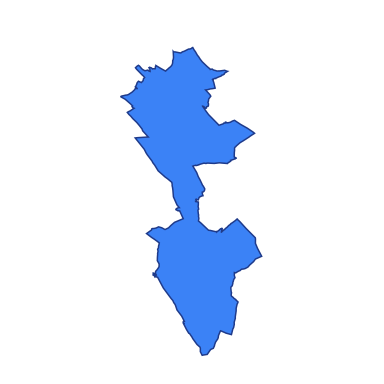 the district of Songdalen nor, Vest-Agder, Norway, rotated 43°
{"feature_id": "86288312B8031937761256", "entity_name": "Songdalen nor", "entity_type": "district", "adm_level": 2, "iso_a3": "NOR", "parent_name": "Norway", "parent_adm1": "Vest-Agder", "projection": "robinson", "projection_center": [7.708, 58.239], "detail": "fine", "context": "isolated", "style": "filled", "palette": "blue", "viewbox_px": 384, "rotation_deg": 43, "n_neighbors": 0, "source": "geoboundaries", "source_scale": "gbopen_adm2", "svg_char_len": 5995}
<svg xmlns="http://www.w3.org/2000/svg" viewBox="0 0 384 384"><g transform="rotate(43 192 192)"><path d="M286.8,191.5L278.5,188.6L273.4,186.3L270.5,183.1L269.5,182.3L256.5,181.8L248.1,181.1L245.8,181.0L244.0,181.1L243.9,180.9L243.4,180.9L243.3,181.7L243.2,183.2L242.6,186.3L242.3,187.6L242.0,188.4L242.0,189.2L242.2,189.4L241.7,191.4L241.7,194.0L241.5,194.8L241.3,196.5L241.5,197.1L241.2,198.0L241.0,198.3L241.1,198.7L240.9,200.7L241.1,201.8L239.7,199.6L239.2,198.1L239.3,197.6L238.8,198.4L238.9,198.6L238.6,198.6L238.7,198.9L238.3,198.9L238.0,199.4L238.0,200.2L237.8,200.6L237.8,200.9L237.9,201.8L237.3,203.8L237.4,204.4L236.8,204.2L236.3,204.9L231.5,207.7L230.2,208.7L219.6,208.6L216.5,208.8L215.0,206.6L213.1,205.2L212.8,204.6L212.3,204.1L211.8,203.9L208.9,201.4L208.7,201.2L208.6,200.0L206.2,198.3L205.6,197.3L203.5,195.0L201.2,196.5L201.0,196.4L201.6,195.6L199.8,194.8L200.0,194.3L200.9,194.1L201.4,193.7L201.9,193.6L201.8,193.0L201.4,192.3L201.0,191.2L201.0,190.5L202.0,187.9L202.3,187.7L202.6,187.2L200.9,186.3L200.2,185.8L199.6,185.1L200.0,184.7L200.3,183.3L200.0,182.2L199.2,181.0L196.2,180.0L195.2,179.9L190.0,177.8L186.1,176.5L182.2,174.6L175.0,172.5L175.3,172.1L175.4,171.4L176.4,170.3L176.4,170.0L177.2,169.6L178.1,168.1L178.3,167.7L178.2,167.6L178.8,166.8L178.9,166.3L181.1,162.7L182.8,161.6L182.8,161.3L183.8,160.1L188.7,156.0L192.1,152.0L198.5,147.0L198.5,145.7L198.7,145.3L199.2,143.3L199.0,142.9L199.1,142.7L198.7,142.5L199.3,141.5L200.8,138.5L200.7,138.4L200.9,138.3L200.8,138.1L200.9,137.9L200.8,137.6L201.2,137.3L201.5,136.5L201.1,137.1L198.9,137.5L195.9,134.1L194.9,132.7L193.5,131.2L193.0,130.6L192.9,129.9L193.1,129.1L193.0,128.1L193.5,123.3L195.4,116.3L195.6,115.3L196.2,113.1L196.4,111.7L197.7,106.4L195.9,106.5L188.9,107.6L181.5,109.4L174.2,110.6L173.3,112.3L172.7,113.9L172.6,114.6L171.5,116.3L170.3,117.7L170.0,117.6L169.1,117.8L169.1,118.1L168.8,118.3L168.9,118.6L169.1,118.7L169.2,119.2L168.3,119.8L168.3,120.9L166.2,124.8L165.1,124.7L151.3,124.1L147.0,123.3L141.2,122.0L141.3,121.8L142.1,121.7L142.5,121.4L143.9,121.8L145.1,121.3L145.2,121.0L145.2,120.7L144.8,120.2L144.6,120.1L144.6,119.7L144.8,119.3L144.9,118.9L145.2,118.6L145.3,118.3L144.8,117.2L143.7,116.1L142.4,115.5L142.2,114.6L140.8,112.6L140.4,109.1L138.7,108.6L132.3,108.1L133.7,106.4L135.1,104.1L136.4,102.6L137.2,101.5L137.5,101.2L137.6,100.9L137.9,100.6L137.9,100.3L138.0,100.2L133.1,97.0L131.0,95.9L130.2,95.7L130.3,95.2L130.9,95.0L130.7,94.5L131.3,93.1L131.9,92.9L131.8,92.7L133.0,89.7L134.1,87.6L134.3,86.7L134.1,86.4L134.8,85.2L135.2,83.9L134.8,83.1L134.8,82.8L135.7,79.5L135.2,79.8L132.9,80.7L129.6,84.7L127.6,86.6L126.8,86.9L124.4,88.2L123.0,88.3L122.9,88.6L122.5,88.8L121.8,89.9L121.5,89.7L117.6,89.9L110.7,89.8L107.5,89.3L104.4,88.5L102.7,88.3L98.9,87.1L96.4,86.6L94.0,85.8L93.8,86.1L93.5,87.9L92.5,89.4L92.0,89.8L90.2,94.7L89.7,95.4L89.3,96.3L89.0,97.9L88.4,98.4L83.9,101.2L83.1,102.1L82.4,102.0L86.7,106.2L87.9,107.9L88.2,109.0L89.3,110.2L89.9,111.0L90.4,111.9L90.8,113.2L90.9,115.0L90.6,116.8L90.4,119.5L90.2,120.3L90.3,121.0L90.2,121.6L85.0,122.9L79.4,124.1L79.7,124.4L79.8,124.7L79.6,124.9L80.0,125.7L80.7,126.3L81.0,127.0L79.0,128.8L79.0,129.0L77.8,128.9L77.0,129.2L75.9,129.8L76.0,130.1L75.8,130.4L77.5,131.0L79.1,132.4L78.1,132.9L76.6,132.9L75.0,135.3L74.7,135.5L72.3,136.1L71.0,136.1L67.7,135.7L66.4,135.9L66.0,137.6L65.9,139.7L67.7,140.0L75.9,140.4L77.3,140.3L79.3,140.6L79.3,142.4L80.3,143.8L80.3,146.5L77.3,147.5L77.3,148.5L77.5,150.0L77.9,150.5L78.7,152.7L78.8,153.7L79.7,153.6L81.9,153.7L79.8,154.5L80.3,156.2L80.1,159.7L79.2,163.4L78.9,164.4L78.3,165.4L77.5,166.3L74.9,170.2L74.9,170.7L75.2,170.9L79.6,169.8L80.7,169.7L87.0,169.5L89.9,169.6L89.9,170.5L91.4,170.7L92.5,170.3L91.4,175.0L90.7,176.7L90.4,177.9L93.0,178.3L95.5,178.3L98.6,178.7L104.1,178.8L108.3,179.3L112.5,180.0L114.2,180.9L122.5,181.6L115.3,189.2L113.6,191.2L127.9,193.3L131.7,194.7L134.0,195.3L141.9,196.7L143.3,197.3L146.4,197.8L152.8,199.6L161.9,199.4L165.0,199.0L170.5,198.7L171.2,199.1L172.8,200.4L173.1,200.9L174.6,201.9L176.7,203.6L181.7,208.2L189.9,211.7L193.3,212.1L192.6,212.8L192.4,213.7L192.0,214.6L191.9,215.0L192.2,215.3L192.2,215.8L192.6,215.9L193.5,215.5L194.4,215.4L194.8,214.9L195.3,214.8L195.9,214.2L203.8,217.5L199.9,226.1L199.4,230.8L199.3,234.2L198.0,237.6L197.7,237.9L194.2,238.8L191.3,240.3L190.4,242.7L189.1,244.6L187.9,245.8L187.7,246.5L188.2,247.1L188.3,247.4L187.1,253.4L193.2,252.8L196.2,252.3L202.8,251.5L203.3,252.4L203.7,252.9L204.3,254.2L205.6,255.8L205.9,257.3L207.5,258.4L208.9,260.6L209.3,260.9L211.2,263.3L213.5,265.9L217.0,267.0L218.8,269.0L219.2,270.6L219.5,272.9L219.5,274.6L219.6,275.0L220.4,275.9L220.9,276.7L218.9,277.7L220.2,279.3L220.5,279.2L221.2,277.9L221.1,277.7L221.8,277.5L221.9,276.8L222.6,277.0L222.6,277.4L222.0,278.0L221.6,278.7L221.3,278.9L222.8,279.4L222.8,279.2L223.5,278.6L225.0,277.8L236.6,281.8L249.6,284.2L251.9,284.4L254.2,285.4L255.6,285.6L257.1,286.1L261.5,288.5L269.1,289.8L272.1,290.9L274.5,291.8L274.0,292.2L274.0,292.7L274.1,292.9L274.5,293.4L276.0,293.5L276.1,293.8L275.7,294.1L281.7,296.3L285.9,297.5L286.8,297.2L291.2,298.2L292.5,298.7L299.6,300.1L303.7,300.0L304.7,300.6L307.0,303.1L310.8,304.5L311.4,303.6L313.9,300.4L313.1,295.1L313.2,294.0L314.2,291.8L313.3,289.1L312.8,288.5L311.6,285.7L311.0,281.8L310.4,280.5L309.3,279.0L308.7,277.4L307.5,274.1L308.3,273.7L312.2,272.3L313.0,272.1L318.1,269.4L315.3,264.4L314.9,262.8L314.6,262.3L313.2,260.0L311.7,258.5L309.8,254.8L308.8,253.8L305.4,248.9L303.6,246.9L301.5,243.3L301.0,241.6L300.6,241.0L297.4,241.0L297.3,240.8L295.0,241.2L294.3,241.0L292.3,241.2L291.5,241.1L290.2,239.8L289.8,238.9L289.3,238.5L289.0,238.5L285.8,235.7L285.3,234.8L285.4,233.5L285.2,232.8L284.2,231.0L283.6,230.4L283.0,228.9L282.3,227.8L282.0,226.5L281.9,225.4L279.9,224.2L277.9,222.0L279.1,221.4L279.3,220.8L279.6,219.5L280.0,218.2L280.8,216.5L280.7,216.0L280.9,214.7L282.3,213.0L283.1,211.7L284.1,208.8L284.0,206.0L284.5,200.8L284.1,197.8L286.8,191.5Z" fill="#3b82f6" stroke="#1e3a8a" stroke-width="1.5"/></g></svg>